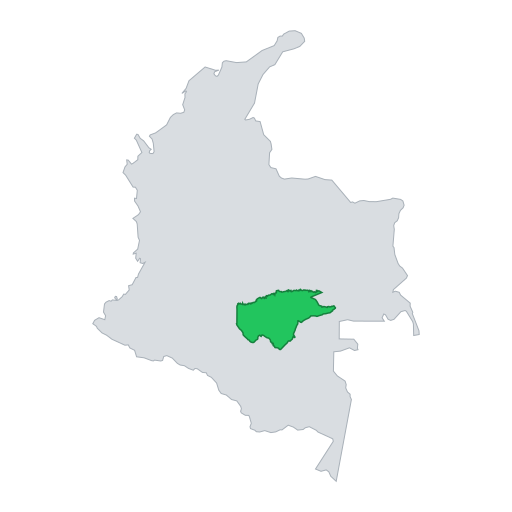 where Guaviare sits in Colombia
{"feature_id": "COL-1423", "entity_name": "Guaviare", "entity_type": "Commissiary", "adm_level": 1, "iso_a3": "COL", "parent_name": "Colombia", "parent_adm1": "", "projection": "mercator", "projection_center": [-71.908, 1.785], "detail": "fine", "context": "in_parent", "style": "filled", "palette": "green", "viewbox_px": 512, "rotation_deg": 0, "n_neighbors": 0, "source": "natural_earth", "source_scale": "10m", "svg_char_len": 9533}
<svg xmlns="http://www.w3.org/2000/svg" viewBox="0 0 512 512"><path d="M299.8,46.4L294.0,48.8L282.7,51.8L274.9,64.6L269.6,66.9L263.0,74.5L258.2,83.9L254.5,103.1L244.8,119.3L245.6,120.0L249.5,119.3L253.1,117.5L254.4,118.1L255.7,120.9L260.1,121.6L263.7,134.7L270.4,141.4L271.1,144.0L271.9,149.4L269.6,152.7L268.9,164.6L270.9,167.6L276.0,168.8L279.3,176.2L281.4,178.0L284.4,179.1L291.7,178.0L305.0,179.2L308.1,179.0L315.5,176.4L324.9,179.6L331.8,180.1L350.7,202.5L352.5,201.9L354.9,203.2L359.7,200.9L363.8,200.5L369.2,201.6L376.3,201.7L390.6,199.3L392.8,198.1L400.6,199.4L402.9,201.0L404.1,205.2L403.1,207.8L400.4,210.4L398.9,213.7L398.6,217.8L397.2,220.8L394.7,222.7L393.7,225.6L394.3,229.3L392.9,246.2L394.0,247.6L394.8,254.5L398.1,263.5L399.7,266.0L402.5,268.1L407.5,275.6L406.4,278.1L393.4,289.6L392.8,292.3L395.3,291.2L399.2,292.3L400.6,295.1L410.2,303.1L410.1,306.2L412.8,312.3L412.3,313.6L419.0,330.9L419.2,334.5L413.7,335.5L413.4,324.0L412.7,321.6L406.4,311.3L405.1,310.5L400.9,311.7L394.0,319.3L390.7,320.4L388.1,319.3L385.5,314.8L383.8,314.0L382.1,317.8L384.3,321.2L353.5,321.1L347.6,319.7L339.3,321.5L339.2,338.9L353.8,339.2L357.8,344.2L357.4,348.2L358.0,349.7L354.5,350.5L349.5,347.8L340.5,351.1L333.8,351.8L333.4,371.1L337.3,375.9L345.1,381.1L346.2,384.6L345.7,387.9L347.5,392.0L350.1,394.2L350.1,396.7L351.4,399.5L336.2,481.3L330.8,476.3L328.8,471.8L326.2,469.9L321.0,471.3L315.5,469.0L333.3,441.3L332.7,438.8L317.9,432.0L316.3,430.3L309.3,426.7L305.4,427.7L303.1,429.5L297.7,430.1L293.4,427.1L288.2,425.2L282.0,429.9L280.1,429.8L275.7,431.9L270.9,432.6L264.7,430.6L259.7,432.0L256.3,431.7L255.0,430.3L250.5,428.6L250.0,426.7L251.3,423.3L249.4,416.6L248.7,415.4L245.3,415.3L241.3,412.9L240.6,411.4L241.4,408.7L240.7,406.3L236.8,400.9L231.5,399.5L226.3,395.0L221.2,393.5L218.8,390.2L216.6,383.0L211.3,377.3L207.5,375.4L206.3,372.8L202.4,372.4L197.2,368.7L194.9,368.5L193.3,370.2L188.5,368.4L184.4,365.7L180.1,365.0L177.3,363.3L172.3,358.1L166.8,355.6L163.7,356.5L162.6,360.4L160.8,361.0L154.5,360.1L153.5,360.9L151.8,360.7L144.1,357.8L136.6,356.8L134.6,350.3L129.8,347.9L128.3,344.9L124.9,345.2L112.0,339.3L106.6,335.2L102.0,332.9L97.3,328.3L96.5,326.4L92.8,323.7L94.6,320.3L99.0,317.7L104.8,319.7L105.6,315.7L103.5,312.1L104.5,304.0L106.0,302.2L109.1,300.6L111.1,301.2L112.4,299.9L117.1,300.5L118.6,299.9L122.2,296.7L123.7,294.1L125.4,294.4L129.2,290.0L128.6,285.7L132.2,284.7L136.0,277.5L137.6,277.4L138.5,274.0L145.1,262.2L142.7,263.5L140.1,262.7L140.5,258.7L139.7,258.2L137.6,261.3L135.7,258.2L136.2,253.2L133.2,254.1L133.4,252.9L137.7,249.1L139.5,240.4L138.1,237.2L137.2,224.1L136.4,221.6L132.9,218.4L138.5,214.6L140.5,211.8L138.0,206.0L134.6,201.1L134.5,198.2L136.5,198.5L137.3,190.3L135.4,187.2L133.1,187.1L125.6,175.1L123.0,172.6L125.0,166.9L127.2,164.3L126.7,159.9L128.2,160.1L131.5,164.1L132.8,163.5L137.8,159.7L137.9,156.2L141.9,152.5L136.3,140.1L134.4,138.2L136.7,134.2L138.0,134.5L140.2,138.3L143.7,140.9L148.9,147.8L151.2,149.3L149.6,150.8L149.2,152.5L150.0,153.4L152.9,153.6L154.1,151.7L153.3,143.3L152.1,139.1L149.4,136.2L150.2,134.9L155.6,132.9L166.6,124.9L170.4,117.4L173.3,114.6L176.6,112.9L180.6,113.3L183.8,112.3L184.7,109.9L182.7,104.7L185.0,97.5L184.9,93.9L186.5,91.7L185.9,90.9L181.9,93.4L186.1,88.4L189.0,80.7L205.1,67.0L215.6,70.3L218.9,70.1L214.6,71.8L213.9,73.8L215.4,75.8L217.0,76.4L218.4,75.1L221.9,67.1L222.4,62.7L224.0,61.2L226.2,60.7L236.5,62.6L246.3,61.9L262.1,50.5L274.2,45.6L277.1,40.9L277.9,37.4L280.1,36.1L282.3,36.1L283.7,34.1L289.2,31.1L295.1,30.7L301.4,33.4L304.2,38.1L304.7,41.3L299.8,46.4ZM117.3,299.1L116.6,299.7L115.2,298.6L114.7,297.3L115.6,296.3L116.6,296.6L117.3,299.1Z" fill="#d9dde1" stroke="#a8b0b8" stroke-width="1"/><path d="M252.4,342.5L251.0,342.1L250.4,341.7L250.0,341.4L249.7,341.0L249.3,340.3L249.0,340.0L248.0,339.7L247.3,338.8L244.6,336.4L243.2,334.9L243.1,334.2L243.1,333.3L242.8,332.4L242.1,331.5L241.7,330.7L241.3,330.3L240.0,329.2L239.5,328.8L236.8,324.8L236.8,324.4L236.5,323.7L236.9,323.3L237.0,310.3L236.9,306.8L237.1,305.7L237.3,305.5L237.5,305.0L237.9,304.5L237.8,303.8L238.1,303.6L238.6,303.2L238.8,303.3L238.8,303.7L238.9,303.9L239.2,303.9L239.5,303.8L240.3,303.3L241.0,304.2L241.8,304.0L242.1,304.1L242.3,304.2L242.5,304.3L242.6,304.1L242.7,303.3L243.0,303.9L243.0,304.2L243.0,304.5L243.6,304.4L244.1,304.4L244.3,304.5L244.4,304.8L244.6,304.8L244.9,304.1L245.2,304.1L245.4,304.2L245.3,304.6L245.4,304.8L245.6,304.7L245.9,304.4L246.1,304.3L246.8,304.5L247.3,304.4L248.0,304.4L248.2,304.2L248.0,303.8L248.0,303.6L248.9,303.2L249.3,303.4L250.0,303.3L250.3,303.8L250.6,303.9L250.8,303.9L251.0,303.8L251.2,303.6L251.2,303.2L251.3,303.0L251.5,303.1L251.9,303.4L252.1,303.3L253.0,302.5L253.4,302.4L253.7,302.4L253.9,302.5L254.1,302.6L254.5,302.4L255.1,301.9L255.5,301.7L255.7,301.4L256.0,301.2L256.5,301.1L256.6,300.8L256.5,300.6L256.2,300.3L256.4,299.8L256.8,299.6L257.2,298.9L259.5,297.6L260.0,297.4L260.3,297.5L260.6,297.9L260.8,298.0L261.1,298.4L261.7,298.6L262.1,298.2L262.3,297.6L262.6,297.3L263.5,297.1L263.9,297.3L264.0,298.2L264.1,298.4L264.3,298.5L264.6,298.4L264.8,297.3L265.2,296.9L265.4,297.1L265.8,297.9L265.7,297.9L266.0,298.0L266.0,297.3L266.1,296.7L266.5,296.4L267.1,296.4L267.1,296.2L266.7,295.9L266.6,295.7L267.9,295.7L268.5,295.2L268.8,295.1L269.7,295.1L270.2,295.0L270.6,294.7L271.7,293.8L272.2,293.7L273.2,294.4L273.4,293.8L273.6,293.4L273.9,293.4L274.3,293.8L274.7,294.7L274.8,294.9L274.9,294.4L274.9,293.8L274.8,293.5L274.9,293.3L275.6,292.9L276.0,292.8L276.3,292.8L276.4,292.2L276.3,291.7L276.2,291.2L276.4,290.8L276.7,290.7L277.7,290.5L278.3,290.3L278.7,290.4L279.0,291.1L279.4,291.4L280.1,291.6L281.1,291.6L281.4,291.9L281.5,291.8L281.7,292.1L282.1,292.1L282.8,292.0L283.2,291.8L285.9,291.3L286.5,291.0L286.8,290.7L287.1,290.5L287.3,290.5L287.5,290.7L287.7,291.5L288.0,291.7L288.2,291.4L288.3,290.9L288.3,290.1L288.4,289.9L288.7,289.9L289.7,290.9L290.1,291.0L290.4,290.9L290.8,290.4L291.0,290.4L291.0,290.6L291.0,291.3L291.1,291.6L291.7,291.7L292.8,291.2L293.3,290.6L293.6,290.5L294.0,290.5L294.7,290.4L295.2,290.5L295.8,290.7L296.2,290.6L296.5,290.1L297.6,290.7L298.1,290.9L298.5,290.8L298.7,290.3L298.8,290.1L299.1,290.1L299.6,290.6L299.8,290.5L299.9,290.2L300.1,289.5L300.3,289.3L300.5,289.3L300.7,289.5L300.9,289.9L301.1,290.2L301.3,290.4L301.8,290.4L302.4,290.6L302.6,290.6L302.9,290.5L303.9,289.9L304.1,289.9L304.7,290.3L305.0,290.4L305.4,290.1L306.2,290.4L307.3,290.2L307.8,290.5L308.3,290.5L308.8,290.6L308.9,290.9L308.8,291.4L308.8,291.6L308.9,291.8L309.1,291.7L309.2,291.1L309.1,290.7L309.2,290.4L309.4,290.3L309.9,290.7L310.2,291.2L310.5,291.4L310.6,291.2L310.6,290.8L310.8,290.6L311.0,290.6L311.3,290.9L311.4,291.2L311.3,291.5L312.1,291.4L312.5,291.3L312.9,291.6L313.2,292.2L313.5,292.3L313.9,292.2L314.7,291.8L315.0,291.7L315.3,292.0L315.4,292.6L315.5,292.6L316.7,291.7L316.8,291.5L316.8,291.2L316.6,290.6L316.5,290.4L316.9,290.3L317.1,290.4L317.8,291.3L318.0,291.2L318.3,290.9L318.9,290.9L319.3,291.0L321.8,292.5L311.2,296.9L310.9,297.2L310.8,297.4L311.1,297.7L312.6,298.2L314.0,298.9L314.6,299.1L315.2,299.4L315.8,300.0L317.1,301.9L318.2,304.0L318.6,304.8L318.9,305.2L319.4,305.5L321.3,306.1L321.5,306.1L321.8,306.2L322.0,306.5L322.0,307.1L323.0,306.9L323.9,306.5L324.3,306.6L325.8,307.0L326.1,307.0L326.7,307.4L327.1,307.5L327.4,307.4L327.5,307.2L327.4,306.9L327.6,306.7L328.1,306.7L328.6,306.5L328.9,306.5L329.3,306.8L329.5,306.9L330.2,306.9L331.0,306.6L331.4,306.6L331.6,306.6L331.7,306.3L332.0,306.2L332.9,306.3L333.3,306.1L333.6,305.9L333.9,305.9L334.3,306.2L334.7,307.0L335.4,307.7L335.4,307.9L335.3,308.3L334.6,308.7L334.4,309.0L333.3,309.7L332.5,310.3L332.5,310.9L331.3,311.7L330.7,312.3L330.3,312.6L329.9,312.8L328.3,313.0L327.1,313.3L326.2,313.6L325.6,313.7L325.1,313.7L324.9,313.8L324.4,313.8L323.3,313.9L322.9,314.2L322.5,314.6L321.9,314.9L320.8,315.1L320.3,315.3L318.5,315.8L317.7,316.2L317.2,316.3L316.4,316.3L316.1,316.2L315.8,316.0L315.2,315.8L314.9,315.9L313.9,315.8L311.4,315.9L311.0,315.8L310.8,315.9L310.4,316.5L309.3,317.6L308.6,318.0L307.7,318.5L306.3,319.0L304.1,320.2L302.8,321.1L302.4,321.6L301.3,322.4L300.5,322.2L300.0,321.7L299.1,321.3L298.3,320.7L297.9,320.8L297.8,323.1L297.7,323.8L297.5,324.4L296.8,325.3L296.6,325.8L296.3,326.7L295.8,328.0L295.4,328.6L295.3,329.3L295.1,330.1L293.8,333.0L293.6,333.2L293.6,333.5L293.5,334.7L294.6,336.5L294.8,336.8L294.9,337.2L294.8,337.4L294.6,337.5L294.2,337.4L294.0,337.1L293.9,336.3L293.7,336.2L293.4,336.3L293.4,336.7L293.4,337.0L293.0,337.1L292.8,337.2L292.7,337.5L292.6,338.3L292.3,339.0L292.0,339.4L291.5,339.7L290.3,341.0L290.0,341.1L289.7,341.1L289.4,340.9L288.9,340.9L288.5,341.0L288.1,341.3L287.7,341.9L287.5,342.4L287.3,342.7L286.5,343.6L285.6,344.3L280.6,349.5L279.4,349.4L279.2,349.2L279.0,348.7L278.9,348.5L278.7,348.3L277.4,347.8L277.0,347.7L275.1,347.6L274.9,347.4L274.4,346.3L274.2,346.0L273.4,345.8L273.2,345.5L273.2,345.1L273.3,344.6L273.4,344.2L273.2,343.6L272.8,343.9L272.5,343.9L272.2,343.8L272.1,343.6L272.0,342.8L271.8,342.3L271.4,342.2L271.0,342.1L270.7,341.9L270.6,341.6L270.5,341.1L270.4,340.3L270.3,339.8L270.0,339.4L268.8,338.2L268.5,338.0L267.6,337.9L266.9,337.7L264.7,336.3L263.9,335.6L263.5,335.4L262.6,335.0L261.7,335.2L261.7,335.5L261.1,336.4L260.7,336.1L260.3,335.6L259.9,335.3L259.6,335.2L259.4,335.3L259.3,335.5L259.2,335.6L258.7,335.7L258.5,335.8L258.2,336.3L258.0,337.0L257.8,337.4L257.7,337.7L257.8,338.3L257.8,338.6L257.7,338.9L257.5,339.3L257.2,339.5L256.3,339.8L255.9,340.2L255.4,340.8L254.8,341.3L254.4,341.9L253.8,342.3L253.4,342.5L252.4,342.5Z" fill="#22c55e" stroke="#15803d" stroke-width="1.5"/></svg>